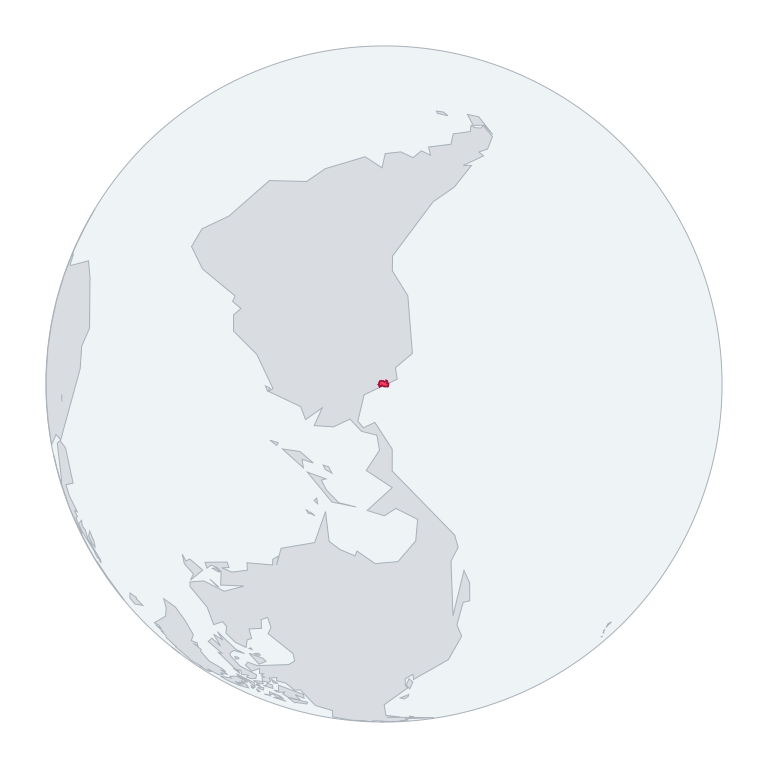 the Earth from above Esmeraldas, rotated 207°
{"feature_id": "ECU-1335", "entity_name": "Esmeraldas", "entity_type": "Province", "adm_level": 1, "iso_a3": "ECU", "parent_name": "Ecuador", "parent_adm1": "", "projection": "orthographic", "projection_center": [-79.299, 0.692], "detail": "fine", "context": "on_globe", "style": "filled", "palette": "rose", "viewbox_px": 768, "rotation_deg": 207, "n_neighbors": 0, "source": "natural_earth", "source_scale": "10m", "svg_char_len": 9097}
<svg xmlns="http://www.w3.org/2000/svg" viewBox="0 0 768 768"><g transform="rotate(207 384 384)"><circle cx="384" cy="384" r="338" fill="#eef3f6" stroke="#a8b0b8"/><path d="M390.5,339.1L382.5,335.6L374.7,345.6L347.1,329.7L337.2,310.2L252.5,281.5L243.8,272.2L243.9,256.6L217.3,208.8L228.1,254.2L217.4,245.7L209.2,229.7L214.4,225.4L209.6,202.4L200.3,194.6L201.5,167.6L223.6,134.1L226.3,138.5L231.3,130.9L228.3,125.4L225.0,123.8L238.2,98.3L231.8,89.6L218.8,94.5L230.2,88.3L198.4,104.3L187.9,109.4L206.5,99.2L213.5,95.1L209.7,95.6L216.2,91.6L218.0,90.0L226.1,85.6L236.3,81.2L241.6,78.5L238.7,79.3L244.8,76.1L248.4,75.3L259.5,70.0L278.6,64.1L281.7,69.6L299.0,66.4L319.8,73.5L324.6,70.6L335.5,72.9L345.1,70.9L346.2,73.8L352.9,69.8L350.0,67.6L352.0,65.4L357.4,64.3L359.8,67.5L357.4,68.5L360.9,68.9L359.8,71.1L363.4,69.4L365.7,74.1L371.4,68.1L379.9,70.7L379.2,74.3L368.9,75.6L341.6,90.7L337.8,96.6L342.7,102.5L374.0,109.0L374.0,115.6L381.7,123.2L386.5,118.2L382.2,110.7L393.0,104.4L386.4,97.1L389.8,93.9L387.3,86.7L398.9,86.3L411.6,90.2L414.3,96.6L419.9,98.9L426.5,92.3L440.3,104.9L464.7,115.4L467.1,119.5L455.3,126.7L432.3,126.8L417.0,140.4L438.3,130.7L443.8,142.7L449.5,144.7L455.8,144.1L458.2,139.5L462.5,143.9L443.0,154.1L438.8,150.1L445.0,146.6L434.2,147.3L421.1,156.1L425.0,162.5L401.1,172.2L403.6,177.3L399.8,182.9L397.5,173.8L401.1,190.9L373.8,211.2L378.2,243.8L361.5,218.9L348.0,216.5L331.8,217.7L332.2,222.9L310.3,219.9L290.9,232.1L284.5,258.6L292.6,278.7L316.9,278.5L323.9,266.7L341.6,263.7L329.6,295.4L360.6,298.9L357.9,322.9L367.1,335.2L382.4,331.6L398.4,337.3L409.4,323.0L427.3,315.2L428.2,334.7L437.7,316.7L448.0,326.0L483.4,325.0L480.8,329.5L510.7,352.6L542.1,362.8L549.4,377.3L545.8,386.3L556.4,388.9L556.6,394.8L597.9,404.1L617.9,419.1L616.6,439.7L598.3,463.4L578.5,513.2L544.9,529.3L534.1,549.2L504.0,577.9L483.9,575.7L487.5,589.9L474.5,598.4L460.8,598.9L456.6,608.8L446.4,608.9L451.9,615.4L433.2,628.0L435.9,638.3L421.7,648.1L423.9,654.0L419.3,653.8L414.0,655.9L412.8,659.2L399.7,653.7L398.4,640.4L404.8,633.7L398.8,632.5L412.6,614.8L405.3,618.4L410.8,591.3L423.0,568.6L434.5,502.0L428.0,488.7L402.8,473.4L372.6,424.2L381.2,403.7L374.4,394.3L396.8,365.4L390.5,339.1ZM73.3,275.4L75.7,267.8L75.6,272.1L73.3,275.4ZM76.3,263.7L75.6,266.1L76.0,264.1L76.3,263.7ZM75.9,262.5L76.2,263.4L75.6,263.2L75.9,262.5ZM75.2,261.9L75.7,261.9L75.5,262.2L75.2,261.9ZM376.8,255.2L412.3,270.7L392.6,273.1L396.2,270.0L387.2,263.4L370.4,257.7L353.0,261.8L376.8,255.2ZM75.0,258.7L75.1,257.7L75.9,256.9L75.0,258.7ZM391.8,236.5L385.7,235.3L391.6,235.1L391.8,236.5ZM222.6,124.0L227.5,125.8L227.9,132.8L223.0,131.5L222.6,124.0ZM222.9,112.6L227.0,111.7L221.0,118.6L220.5,116.9L222.9,112.6ZM208.1,99.7L210.9,99.4L206.0,101.2L208.1,99.7ZM216.9,90.6L214.0,92.2L216.2,90.8L216.9,90.6ZM381.1,87.5L384.1,87.1L383.0,88.6L381.1,87.5ZM377.1,85.0L373.6,87.1L371.2,86.3L373.4,85.0L377.1,85.0ZM233.9,81.2L232.2,82.2L230.5,83.0L232.8,81.8L233.9,81.2ZM381.9,82.8L367.4,84.6L363.2,83.3L368.1,77.6L381.9,82.8ZM247.0,75.1L246.4,75.4L245.5,75.8L247.0,75.1ZM346.8,67.5L350.1,69.7L342.4,69.1L346.8,67.5ZM341.4,67.7L314.8,70.8L312.6,67.7L322.0,66.9L315.1,64.4L327.1,61.3L333.6,62.0L332.6,64.4L337.9,61.5L341.4,67.7ZM352.2,64.5L347.0,65.1L344.7,62.3L354.7,60.7L352.2,62.0L352.2,64.5ZM307.5,65.7L307.6,63.8L317.3,60.5L318.6,59.5L327.2,61.0L307.5,65.7ZM355.5,62.1L359.8,60.1L365.7,60.5L357.1,63.8L355.5,62.1ZM340.0,62.4L339.4,61.1L342.9,61.2L340.0,62.4ZM389.3,62.4L383.2,62.4L381.5,60.8L389.3,62.4ZM361.0,59.3L358.9,59.2L357.5,58.7L361.5,57.6L361.0,59.3ZM333.5,58.9L337.5,58.3L330.4,58.1L337.4,56.2L341.9,57.8L342.9,56.4L345.1,55.8L346.3,57.8L333.5,58.9ZM361.5,55.4L369.6,57.7L381.3,57.6L383.2,58.8L363.9,58.9L361.5,55.4ZM352.5,56.6L358.5,56.0L357.7,57.5L353.2,58.8L352.5,56.6ZM340.6,54.6L328.7,57.0L328.1,56.7L340.6,54.6ZM365.1,55.0L363.0,54.5L366.0,54.8L365.1,55.0ZM348.3,54.2L344.1,55.0L343.6,54.5L348.3,54.2ZM362.4,53.2L365.0,53.8L362.0,54.5L362.4,53.2ZM356.1,53.4L356.3,52.7L359.4,54.4L354.3,53.8L356.1,53.4ZM348.4,53.7L346.8,53.7L350.2,53.5L348.4,53.7ZM372.3,50.6L376.9,52.7L370.2,54.0L366.7,51.7L372.3,50.6ZM420.9,665.1L400.5,655.7L412.2,660.0L422.0,655.0L432.1,662.1L420.9,665.1ZM448.8,652.1L459.2,649.4L461.2,651.0L454.5,653.3L448.8,652.1ZM631.7,154.2L625.5,147.8L628.7,153.6L648.2,182.9L646.9,186.6L638.7,182.4L616.0,154.5L621.6,149.8L613.6,141.5L599.2,130.9L602.1,130.9L596.9,126.6L597.8,125.1L585.8,114.1L584.7,112.4L567.4,100.3L564.4,98.3L575.5,105.7L582.6,110.6L582.3,110.4L608.1,131.0L631.7,154.2ZM566.4,99.5L555.7,93.0L559.4,95.8L542.0,85.9L517.2,73.4L542.3,85.5L566.4,99.5ZM721.0,409.0L721.7,390.7L721.4,365.9L720.5,356.0L719.8,359.2L717.8,347.5L716.6,347.7L703.2,359.6L694.2,345.2L671.7,300.0L670.6,280.7L661.7,259.8L646.7,187.5L653.3,190.1L652.6,179.1L654.2,181.1L664.8,196.1L665.8,197.5L678.7,218.6L690.0,240.6L699.7,263.4L707.6,286.8L713.9,310.7L718.3,335.0L721.0,359.6L721.9,384.3L721.0,409.0ZM663.2,222.2L666.3,228.3L663.2,222.2ZM484.5,324.7L488.8,328.5L483.2,328.6L484.5,324.7ZM390.0,280.9L397.4,281.2L401.4,284.1L395.8,285.1L390.0,280.9ZM451.7,280.5L460.1,282.1L451.5,283.7L451.7,280.5ZM417.8,272.7L445.0,280.0L428.3,285.7L411.1,281.5L422.8,279.7L417.8,272.7ZM388.8,247.2L393.5,248.5L392.2,251.9L388.8,247.2ZM396.1,236.4L394.3,236.7L391.9,234.0L396.1,236.4ZM444.9,142.1L446.6,141.4L453.2,141.8L450.4,143.8L444.9,142.1ZM480.4,133.3L486.5,140.8L480.2,136.4L477.6,139.9L461.0,135.9L467.4,121.4L467.5,128.3L480.4,133.3ZM440.7,127.9L450.5,131.1L439.6,128.2L440.7,127.9ZM567.4,107.5L572.0,109.4L578.1,114.3L579.4,119.3L570.7,111.9L567.4,107.5ZM577.1,111.3L556.6,98.6L554.9,96.0L559.3,99.4L560.3,98.9L567.6,104.5L586.1,115.5L592.6,120.7L591.6,125.3L588.3,120.5L584.1,118.5L577.1,111.3ZM507.2,80.2L498.3,77.2L506.1,74.9L513.5,78.2L515.4,82.5L507.8,81.4L507.2,80.2ZM393.2,73.5L389.3,74.3L388.6,73.2L391.4,71.6L393.2,73.5ZM386.6,62.5L409.6,69.6L406.3,70.6L423.8,74.8L421.9,79.4L410.6,76.3L422.2,83.7L411.3,82.7L420.1,87.7L395.3,80.3L385.9,80.6L397.1,78.3L399.1,73.9L397.2,72.1L384.7,67.5L365.5,67.0L364.5,63.4L368.8,61.1L373.3,60.6L372.6,62.9L379.0,60.7L381.4,63.8L386.6,62.5ZM420.5,49.1L417.8,49.6L431.1,50.2L433.5,51.4L434.9,51.4L440.9,53.0L450.4,55.2L450.0,55.8L453.9,56.5L457.9,57.9L463.2,59.3L464.2,61.0L470.7,63.0L467.5,62.8L478.4,65.9L470.8,64.5L475.2,66.9L480.3,67.0L473.3,77.9L476.2,85.3L482.8,92.7L468.8,90.6L453.7,82.9L440.0,74.0L439.2,67.9L433.0,68.6L430.8,66.1L436.6,66.5L426.4,64.5L426.1,62.7L413.9,57.8L399.2,57.0L394.4,55.7L400.0,55.1L391.3,54.3L398.6,52.6L395.3,51.8L399.3,49.9L412.0,50.2L407.3,49.3L410.1,48.5L420.5,49.1ZM373.9,50.0L388.5,48.9L397.0,49.4L386.6,52.7L388.6,53.7L382.2,56.9L370.0,56.4L373.0,55.4L373.0,54.5L376.8,54.9L373.7,53.9L377.7,52.7L376.4,51.7L381.5,51.4L373.9,50.0ZM639.0,162.7L638.1,161.5L645.9,170.6L639.0,162.7ZM631.0,153.6L637.5,160.7L633.9,156.9L631.0,153.6ZM577.1,106.7L574.0,104.6L573.1,103.9L577.1,106.7ZM453.6,53.3L444.7,51.6L443.0,51.3L453.6,53.3Z" fill="#d9dde1" stroke="#a8b0b8" stroke-width="1"/><path d="M386.8,379.6L387.1,379.9L387.2,380.0L387.4,380.2L387.5,380.3L387.6,380.5L387.9,380.7L388.0,380.6L388.1,380.8L388.3,380.9L388.3,381.0L388.5,381.0L388.8,381.0L388.7,381.2L388.7,381.3L388.7,381.6L388.6,381.9L388.5,382.1L388.5,382.4L388.5,382.5L388.8,382.7L388.9,382.9L389.0,382.9L389.0,383.2L389.1,383.3L389.0,383.5L388.9,383.5L388.7,383.5L388.8,384.0L388.9,384.3L389.0,384.3L389.1,384.5L389.1,384.8L388.9,384.9L388.7,384.9L388.5,385.0L388.4,385.1L388.2,385.4L388.0,385.7L387.9,385.8L387.7,385.9L387.5,385.7L387.4,385.7L387.2,385.7L386.9,385.6L386.7,385.6L386.4,385.7L386.3,385.8L386.3,386.0L386.2,386.0L385.9,386.4L385.9,386.5L385.7,386.5L385.6,386.4L384.9,386.2L384.6,386.2L384.3,386.3L384.2,386.4L384.0,386.5L383.9,386.6L383.7,386.7L383.7,386.8L383.9,386.9L384.0,387.0L383.9,387.2L383.8,387.4L383.7,387.5L383.6,387.8L383.4,388.0L383.2,388.0L383.2,388.3L383.2,388.2L383.3,388.3L383.2,388.3L382.9,388.2L382.5,388.2L382.4,388.2L382.2,388.0L382.1,387.9L382.2,387.7L382.3,387.6L382.4,387.4L382.1,387.2L381.9,387.2L381.7,387.1L381.6,386.9L381.8,386.7L381.6,386.3L381.5,386.2L381.6,385.9L381.4,385.9L381.3,386.0L381.1,386.1L380.9,386.2L380.6,386.2L380.5,386.3L380.4,386.4L380.4,386.5L380.2,386.5L380.0,386.4L379.9,386.0L379.9,385.9L379.8,385.7L379.7,385.5L379.6,385.4L379.6,385.1L379.8,384.9L379.7,384.7L379.7,384.4L379.4,384.3L379.3,384.2L379.2,384.1L379.2,383.7L379.3,383.5L379.4,383.3L379.6,383.1L379.8,383.2L380.0,383.2L380.3,383.0L380.5,382.9L380.8,382.8L381.1,382.6L381.2,382.4L381.4,382.4L381.7,382.3L381.9,382.2L381.9,382.3L381.8,382.6L381.9,382.8L382.0,382.8L382.1,383.1L382.0,382.8L381.9,382.7L382.0,382.6L382.0,382.3L382.1,382.2L382.4,382.3L382.7,382.1L383.1,381.8L383.2,381.7L383.6,381.8L383.7,381.7L383.8,381.7L384.0,381.7L384.3,381.7L384.5,381.7L384.8,381.6L385.3,380.9L385.6,381.0L385.8,381.2L385.8,381.3L385.8,381.5L385.9,381.4L386.0,381.3L386.0,381.2L386.1,380.9L386.2,380.7L386.2,380.8L386.3,380.8L386.4,380.7L386.5,380.5L386.9,380.5L386.7,380.4L386.5,380.2L386.8,379.9L386.8,379.7L386.8,379.6ZM386.3,380.0L386.4,380.3L386.4,380.6L386.1,380.7L386.0,380.8L385.9,380.7L385.9,380.4L386.3,380.0Z" fill="#f43f5e" stroke="#9f1239" stroke-width="1.5"/></g></svg>